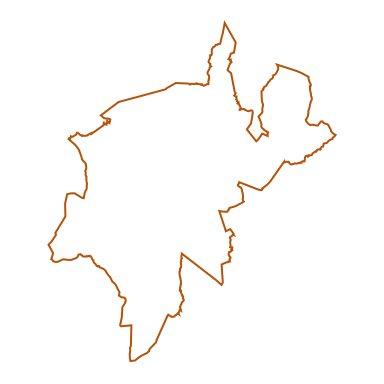 the district of Yautepec, Morelos, Mexico
{"feature_id": "50627088B17751662562656", "entity_name": "Yautepec", "entity_type": "district", "adm_level": 2, "iso_a3": "MEX", "parent_name": "Mexico", "parent_adm1": "Morelos", "projection": "equal_earth", "projection_center": [-99.033, 18.865], "detail": "fine", "context": "isolated", "style": "outline", "palette": "amber", "viewbox_px": 384, "rotation_deg": 0, "n_neighbors": 0, "source": "geoboundaries", "source_scale": "gbopen_adm2", "svg_char_len": 5927}
<svg xmlns="http://www.w3.org/2000/svg" viewBox="0 0 384 384"><path d="M309.5,81.9L308.5,78.6L308.6,76.9L301.4,73.0L296.4,70.9L277.0,64.6L278.2,66.8L278.1,69.3L277.8,70.1L276.0,73.5L275.0,74.6L273.3,75.2L272.8,77.8L272.2,78.6L270.8,79.3L269.5,81.2L268.3,82.0L267.7,83.6L266.7,84.7L266.4,85.9L264.2,86.8L263.7,88.3L263.2,88.6L263.3,89.8L262.2,90.5L261.5,91.6L261.8,99.7L262.1,101.7L263.1,104.8L262.3,108.8L262.4,112.0L261.5,113.5L258.5,116.4L260.7,121.7L261.5,124.5L261.3,126.6L262.2,128.1L264.0,129.5L264.1,130.0L266.7,131.4L267.5,132.5L268.9,132.1L267.6,132.9L267.7,136.0L262.3,133.6L258.4,139.3L256.3,141.3L246.9,129.4L251.0,123.5L252.3,116.3L252.7,112.5L252.3,110.6L251.0,110.3L248.6,111.2L247.5,111.0L244.4,109.5L244.4,109.2L243.2,109.0L240.1,109.6L239.1,110.6L240.7,107.9L239.0,104.1L237.6,103.5L238.6,102.2L237.3,101.5L236.8,102.1L237.2,100.4L236.2,99.5L236.6,98.9L236.3,97.7L236.5,96.5L235.2,96.3L234.2,95.6L235.7,93.3L234.7,91.8L231.2,73.7L230.9,73.0L228.4,71.0L227.6,69.9L229.9,63.7L231.5,62.2L230.4,61.4L231.0,60.1L230.9,59.6L229.7,59.8L228.5,59.3L229.9,56.7L230.7,53.8L231.4,53.4L232.6,53.2L233.2,52.5L234.0,52.5L235.7,42.5L224.7,23.0L222.8,33.1L221.4,38.4L220.2,43.8L218.0,44.1L217.3,44.9L215.8,44.8L214.5,46.6L213.2,47.1L211.9,49.2L211.7,51.5L211.9,53.2L211.4,55.3L210.1,55.3L210.0,58.2L208.6,61.1L208.7,62.4L210.4,64.0L210.0,65.0L211.1,66.5L209.7,67.4L209.5,68.8L207.8,71.8L207.6,72.7L207.6,73.8L209.0,75.7L209.2,77.4L208.9,79.6L208.7,79.5L208.2,81.6L208.5,82.8L208.4,84.2L207.2,84.1L203.8,85.8L202.7,85.2L202.0,84.2L201.6,84.2L201.1,84.8L200.1,84.2L197.8,84.0L196.8,83.3L196.2,83.9L195.7,83.6L195.0,84.0L190.9,83.8L190.3,84.5L189.7,84.5L188.8,83.6L175.8,83.0L166.2,88.5L165.7,89.3L118.6,102.0L100.8,115.4L103.8,118.0L106.3,118.7L108.0,118.5L110.3,119.4L109.5,122.9L106.5,120.2L107.1,120.9L107.4,121.5L107.4,123.1L106.5,123.0L106.4,124.7L104.0,123.8L103.7,121.6L103.6,125.2L91.5,133.8L91.5,133.0L87.6,135.0L87.6,135.4L86.2,135.7L82.0,135.9L81.9,135.2L81.0,135.3L79.7,134.6L78.2,133.1L77.1,132.7L75.9,134.9L72.2,136.9L70.9,136.3L70.2,138.6L69.1,138.2L68.6,139.1L75.5,145.1L78.9,149.7L81.3,156.3L82.2,159.7L85.0,162.7L86.0,164.3L86.3,168.3L85.2,171.1L85.7,172.0L85.6,175.1L86.5,176.7L86.3,178.9L86.6,182.1L87.1,183.8L86.7,185.3L86.8,186.8L86.6,189.1L86.4,189.6L85.6,190.5L84.6,193.3L84.4,195.0L83.9,196.4L83.8,198.1L82.2,197.9L74.6,193.3L71.1,193.3L67.2,194.2L65.1,203.5L65.4,216.4L55.4,232.9L56.0,234.8L51.4,241.8L48.5,244.6L53.1,253.1L51.3,259.3L52.2,259.6L52.8,260.8L54.7,261.9L57.5,261.9L63.1,259.3L69.7,260.0L71.5,259.8L75.9,258.2L77.3,257.2L78.0,256.0L78.2,255.1L78.9,254.5L80.4,254.2L80.7,254.7L81.9,255.1L82.5,256.1L83.0,256.5L86.4,256.5L86.8,256.1L87.3,256.4L89.0,255.8L89.4,256.3L90.1,255.9L90.9,256.5L91.6,257.6L92.9,260.4L93.4,260.4L93.7,262.3L95.7,264.2L96.5,265.6L97.6,266.4L98.8,265.9L99.2,266.1L99.5,267.2L103.3,268.8L105.2,270.3L107.3,273.8L110.4,277.6L112.3,281.6L114.4,283.2L116.4,285.9L117.3,288.2L119.5,292.2L119.0,295.6L121.7,297.3L124.6,297.7L125.5,299.0L125.7,301.3L124.7,303.6L122.4,307.1L121.8,317.2L120.1,325.3L121.1,326.3L131.4,325.3L130.9,345.1L130.8,346.2L130.1,347.4L130.2,350.6L129.7,354.4L129.9,357.9L130.4,361.0L135.0,360.5L139.5,356.9L142.2,355.3L147.3,352.9L148.3,351.6L149.0,351.3L149.7,348.9L156.0,342.4L156.7,339.9L167.8,315.1L168.4,314.7L168.9,315.3L170.8,316.1L171.5,316.9L174.3,316.6L175.4,315.2L176.0,315.2L177.7,313.4L178.7,314.1L178.3,313.2L179.5,311.3L179.5,310.0L180.2,309.4L180.9,310.1L180.7,309.1L180.3,308.9L180.0,306.9L180.4,306.5L180.7,305.0L181.4,304.1L181.7,302.8L183.7,300.5L183.6,299.1L183.2,298.9L182.9,298.1L183.0,296.4L182.4,295.3L182.2,295.5L180.8,292.0L181.1,291.3L181.0,290.4L180.4,289.9L179.9,290.2L180.0,287.5L180.6,286.5L180.6,284.3L181.0,284.1L181.1,282.4L179.5,273.9L179.5,271.3L180.1,270.9L180.1,268.5L180.9,267.7L181.2,265.4L180.8,262.5L181.3,261.4L181.1,261.2L181.2,259.1L181.8,258.7L181.8,258.2L181.4,257.7L181.8,253.6L216.2,280.2L221.5,284.9L222.8,282.4L221.6,264.5L226.5,262.3L227.9,262.2L228.0,261.7L229.8,261.6L230.1,261.0L229.6,260.1L229.5,259.2L230.2,258.6L230.6,257.6L230.0,256.6L229.3,256.2L228.8,255.2L228.7,253.7L229.1,252.0L230.6,251.8L231.1,251.3L231.3,250.2L231.2,249.7L232.3,250.0L232.1,248.7L232.3,247.3L230.1,247.1L230.6,245.5L230.2,243.0L230.3,241.1L230.7,240.3L230.7,239.3L230.0,238.4L229.8,237.6L230.3,236.9L231.5,236.4L232.6,234.9L232.9,234.7L233.8,235.1L233.4,234.4L233.6,233.7L230.2,229.1L225.9,231.2L219.3,211.0L222.8,211.6L227.3,211.8L228.0,210.4L228.8,209.8L229.2,208.2L229.5,207.9L235.0,206.4L241.1,203.3L243.8,201.6L243.2,201.0L242.7,199.5L243.1,197.2L242.7,193.3L242.1,191.3L241.7,189.0L240.8,187.4L239.3,186.8L238.0,185.6L237.9,184.7L239.1,183.3L239.2,182.2L257.6,189.3L261.0,190.2L261.8,190.1L262.2,188.4L262.7,188.1L263.0,188.3L263.7,187.4L267.3,184.6L270.3,181.4L284.3,161.4L284.4,161.8L285.1,162.4L286.2,161.8L286.3,161.6L286.1,161.3L287.0,161.9L288.5,161.7L289.2,162.4L289.3,163.1L290.5,164.3L291.6,164.5L292.9,164.0L294.0,163.9L294.7,163.4L297.2,163.6L298.6,163.0L299.6,163.1L299.8,162.7L301.4,162.8L301.4,161.8L303.1,161.2L303.7,161.6L304.6,161.3L305.0,157.3L305.8,156.1L306.6,155.9L307.5,156.2L308.0,156.7L308.4,156.4L307.9,155.6L308.4,155.2L309.4,155.4L311.7,155.1L312.4,153.7L315.3,151.4L315.7,151.7L316.4,151.6L317.0,149.9L319.1,149.3L320.3,149.7L320.6,149.5L320.3,148.7L321.1,147.5L322.3,146.7L323.1,146.5L323.7,143.6L326.5,143.0L327.5,142.3L328.6,140.8L331.3,139.3L332.3,139.1L332.5,138.1L335.1,135.6L335.1,135.2L335.5,134.9L333.8,134.0L331.7,132.2L331.2,131.4L330.6,129.4L328.2,124.9L327.4,124.3L324.0,123.2L323.0,122.3L322.4,121.3L320.8,121.6L317.8,125.5L317.0,125.6L312.5,124.7L310.0,125.0L308.0,123.5L306.0,120.8L305.8,119.7L306.5,119.2L306.6,118.3L307.7,116.7L308.4,113.0L308.3,111.1L309.4,108.1L310.0,104.7L310.9,101.4L311.6,100.1L311.8,98.9L311.8,97.8L311.1,96.0L311.1,94.8L310.1,90.1L309.9,86.3L310.4,86.4L310.8,85.5L310.8,84.5L309.5,81.9Z" fill="none" stroke="#b45309" stroke-width="2"/></svg>